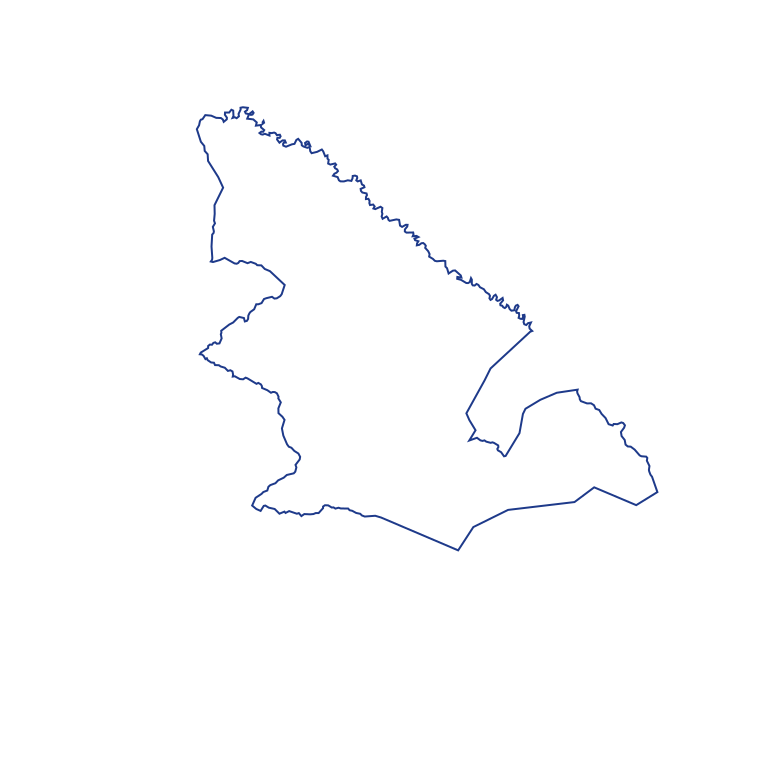 outline of Brasiléia, Acre, Brazil, rotated 210°
{"feature_id": "56859067B75567329217000", "entity_name": "Brasiléia", "entity_type": "district", "adm_level": 2, "iso_a3": "BRA", "parent_name": "Brazil", "parent_adm1": "Acre", "projection": "orthographic", "projection_center": [-69.109, -10.703], "detail": "fine", "context": "isolated", "style": "outline", "palette": "blue", "viewbox_px": 768, "rotation_deg": 210, "n_neighbors": 0, "source": "geoboundaries", "source_scale": "gbopen_adm2", "svg_char_len": 6168}
<svg xmlns="http://www.w3.org/2000/svg" viewBox="0 0 768 768"><g transform="rotate(210 384 384)"><path d="M282.2,504.0L285.6,504.8L287.1,506.6L287.5,510.7L289.6,508.8L290.3,506.2L292.4,505.9L294.1,507.4L295.8,512.7L297.0,514.1L298.2,513.1L297.0,511.6L296.9,509.4L298.4,508.7L300.5,508.6L301.1,510.8L302.6,512.9L304.7,512.0L306.0,513.1L306.3,518.6L307.9,519.3L309.0,517.8L309.0,515.9L308.0,513.0L310.3,511.2L312.6,511.7L315.6,514.0L317.2,514.1L316.7,511.9L317.3,510.2L319.1,510.1L320.7,510.9L322.5,510.4L323.5,511.6L322.7,516.0L324.3,517.8L326.1,513.9L327.3,512.7L329.0,513.0L329.6,515.7L332.0,517.1L332.9,515.3L332.9,511.6L333.8,510.1L335.5,510.9L336.3,513.3L337.9,514.3L341.8,514.5L344.9,516.0L349.3,515.8L351.8,517.0L353.9,516.9L354.7,514.6L356.5,513.8L358.1,514.7L360.1,518.3L361.6,519.2L360.7,515.2L361.6,513.5L363.2,512.6L369.4,512.7L373.2,511.7L374.0,513.4L370.2,514.9L371.8,516.4L379.2,517.9L381.0,516.6L383.3,512.0L387.3,515.8L389.5,516.4L392.4,521.1L394.3,520.4L399.6,516.7L401.6,516.1L404.2,516.8L408.6,516.9L409.5,519.3L412.1,521.1L416.4,522.5L416.9,524.6L418.6,525.4L420.5,525.7L422.0,524.6L423.0,522.2L424.9,520.5L425.7,522.4L425.6,524.8L429.0,524.1L430.3,525.1L427.7,528.5L429.9,528.5L433.0,526.3L433.3,528.4L434.5,529.8L440.3,526.3L442.2,526.5L443.2,528.3L442.6,532.0L443.2,533.6L444.7,532.8L446.9,529.1L449.3,529.2L453.0,533.7L455.6,532.7L460.7,528.1L462.2,528.4L463.7,529.8L465.5,530.4L467.8,526.4L469.8,527.9L470.5,530.6L472.0,532.0L473.4,535.6L475.6,535.8L479.0,531.1L480.9,530.7L480.9,533.1L483.1,534.0L485.6,532.0L487.1,533.3L488.0,535.3L490.1,536.6L492.1,535.1L493.1,536.9L493.2,539.1L494.4,540.3L498.5,539.0L500.5,539.7L501.8,541.3L499.3,544.6L500.5,545.8L502.9,545.8L506.0,548.7L508.1,546.3L509.8,546.5L510.2,549.1L511.2,550.3L513.3,550.0L515.1,548.5L514.1,546.4L513.8,543.6L517.2,542.3L520.0,539.4L523.1,537.7L524.9,537.9L527.6,540.0L532.3,538.9L532.1,541.3L530.8,543.2L530.3,545.4L531.8,546.4L534.2,546.4L535.7,547.3L535.1,550.0L536.6,550.6L540.2,547.2L542.6,547.0L544.0,550.5L545.6,550.9L547.3,553.7L548.8,551.8L553.0,555.1L555.1,556.0L558.0,551.6L562.1,547.7L564.2,548.7L567.0,552.1L568.5,550.2L572.6,549.4L574.5,549.6L576.0,551.7L580.9,553.4L581.9,551.6L581.6,547.2L583.6,545.5L587.5,540.5L590.4,540.1L591.4,541.3L591.5,542.9L589.8,544.0L591.7,545.4L593.7,544.2L595.2,540.7L598.9,542.3L599.4,544.0L597.4,545.0L597.4,546.8L598.8,547.8L601.3,546.0L603.4,547.0L604.9,546.8L606.6,545.2L608.8,544.2L607.4,541.9L612.3,541.1L613.7,539.4L615.3,538.8L617.3,539.1L616.4,541.2L614.8,542.0L614.7,544.0L618.7,544.7L620.3,546.6L624.1,543.7L625.0,546.9L629.5,547.8L635.1,545.4L635.8,550.2L639.0,549.2L640.6,550.3L639.5,552.7L640.0,555.1L644.6,553.1L646.4,551.5L645.4,550.0L645.0,545.2L643.5,543.3L644.5,540.5L646.6,540.4L648.2,538.7L648.4,540.9L651.3,545.4L653.3,545.2L653.8,541.7L657.4,539.6L656.4,537.6L653.2,536.1L652.5,534.6L653.9,530.9L655.8,532.5L658.2,532.8L662.4,530.6L667.8,530.0L673.2,527.5L673.6,522.6L674.8,521.3L674.8,519.5L673.5,515.6L673.5,511.1L663.7,502.2L658.7,500.3L655.8,496.2L651.6,494.8L647.9,489.2L631.0,480.3L621.5,473.6L620.2,454.1L615.7,446.7L612.8,440.4L610.7,438.6L610.8,434.5L607.7,431.2L607.1,429.6L607.5,427.5L602.1,416.8L595.7,407.3L595.0,405.6L595.2,403.5L593.1,404.1L588.1,409.3L585.1,413.6L573.7,413.7L571.7,414.5L570.7,416.0L570.5,418.2L568.4,419.6L562.6,420.4L560.4,423.1L555.1,424.0L553.2,423.5L549.5,425.4L544.8,424.0L539.2,424.7L519.5,420.1L517.5,410.6L517.8,408.2L519.7,404.6L521.6,403.2L524.6,403.5L528.8,399.5L530.4,397.6L530.5,392.8L532.7,390.2L534.5,389.2L533.8,383.8L535.7,379.6L535.9,377.9L535.7,375.4L534.2,372.4L534.3,370.1L535.8,368.6L538.3,371.1L542.9,369.7L543.7,368.2L545.4,361.8L547.7,358.2L551.6,348.7L550.4,347.0L550.2,345.5L547.4,342.3L546.8,336.9L548.9,335.3L551.0,335.7L552.3,334.3L552.6,332.0L554.5,331.1L555.3,329.0L554.3,327.2L558.4,319.6L558.3,317.7L556.5,318.5L554.4,318.2L551.1,316.3L550.3,317.7L548.7,316.5L544.5,316.2L541.9,317.4L539.8,315.9L536.4,317.7L534.3,317.5L530.0,318.5L525.7,317.3L523.9,319.1L521.5,319.1L519.4,316.7L518.7,314.8L517.1,316.1L511.4,316.2L509.9,316.9L508.4,317.6L507.0,320.3L505.1,320.6L494.5,320.4L493.4,322.1L490.4,322.1L488.8,321.2L487.6,319.6L481.9,320.3L477.5,319.9L476.4,321.4L474.6,322.4L472.1,322.4L469.0,320.3L468.3,318.7L464.2,316.5L463.3,310.1L460.8,306.0L455.5,304.8L452.2,303.2L450.2,294.5L445.4,289.0L437.8,283.3L435.1,282.1L432.3,282.5L428.2,281.2L423.4,281.0L420.2,279.0L419.3,276.5L420.2,269.7L418.2,268.0L417.0,263.7L417.5,261.5L422.7,256.6L424.0,252.7L427.5,247.6L428.4,243.8L431.9,239.6L432.7,237.2L431.8,233.4L434.5,230.1L435.1,227.6L438.3,221.3L437.4,212.8L432.1,211.9L427.4,212.4L427.2,218.3L426.0,219.4L421.9,219.3L416.2,221.1L409.7,219.4L406.4,223.7L404.8,223.1L402.6,226.5L394.6,228.1L393.2,229.6L389.5,228.3L388.0,231.5L382.8,234.2L380.1,236.1L378.6,238.1L376.1,239.5L374.7,246.0L375.5,247.4L374.5,249.5L371.6,251.0L367.5,250.9L366.0,251.9L363.8,251.8L361.5,254.1L359.2,254.6L352.8,258.2L350.7,257.5L348.1,258.3L343.6,258.4L339.7,259.7L337.4,259.1L334.4,259.6L325.7,265.5L319.8,266.9L236.6,277.0L235.1,304.8L213.6,337.0L160.0,377.0L150.3,399.6L105.0,405.2L93.2,427.1L105.5,437.7L107.9,438.7L110.5,440.8L111.6,442.0L113.1,445.7L118.0,449.0L119.0,451.6L120.6,452.2L125.0,450.1L126.9,450.0L134.1,452.5L139.0,453.1L141.7,451.8L144.5,452.3L147.6,455.9L152.2,457.7L154.8,460.9L154.2,466.2L154.7,468.7L157.3,469.8L159.2,469.4L161.8,465.9L165.1,464.2L165.2,462.4L169.4,461.5L175.1,465.3L180.6,466.9L184.6,469.1L188.4,468.4L191.5,470.6L195.0,470.8L198.5,468.7L204.9,467.6L206.7,468.6L208.1,470.4L211.7,472.6L213.0,474.0L213.5,475.9L230.0,462.8L240.7,448.5L249.1,433.3L248.7,427.5L242.1,409.2L242.7,382.5L243.9,381.4L248.5,383.5L252.2,383.5L253.4,384.4L253.4,386.6L254.4,387.9L259.4,388.0L260.9,387.7L262.2,386.4L266.6,385.2L268.8,385.4L270.2,384.0L272.3,383.4L276.6,383.9L281.9,377.7L281.6,389.7L292.0,395.4L298.0,399.8L298.7,437.4L299.5,450.7L283.5,502.4L282.2,504.0ZM571.9,555.6L572.9,553.3L571.3,551.5L570.2,553.6L567.4,553.7L570.5,556.1L571.9,555.6ZM635.8,550.2L633.8,550.5L632.6,551.6L632.5,553.6L634.1,554.4L635.8,550.2ZM620.0,550.1L619.2,548.6L618.5,550.3L619.9,551.6L620.0,550.1Z" fill="none" stroke="#1e3a8a" stroke-width="2"/></g></svg>